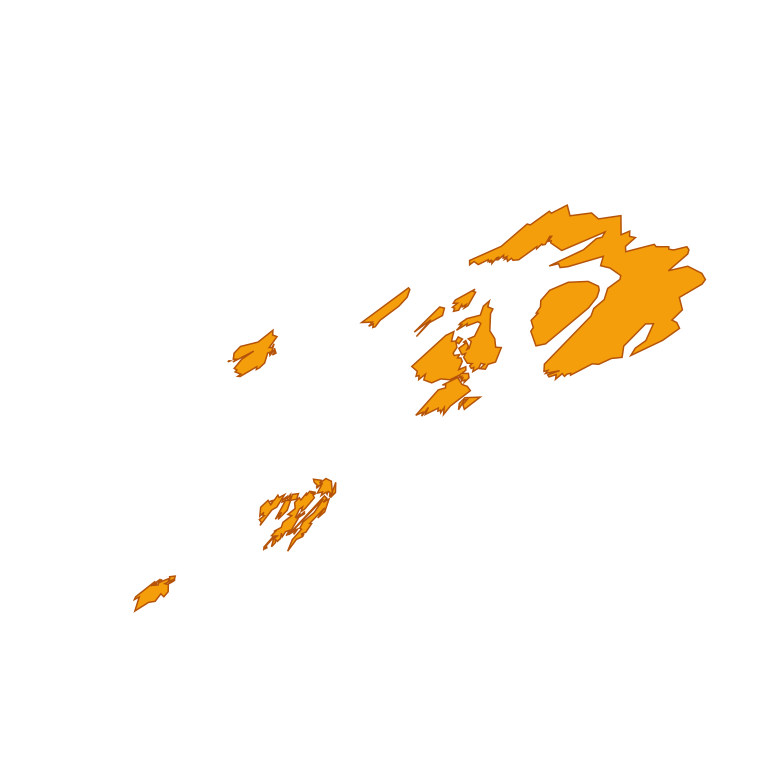 Lurøy nor, Norway (Equal Earth projection), rotated 329°
{"feature_id": "86288312B55953165899475", "entity_name": "Lurøy nor", "entity_type": "district", "adm_level": 2, "iso_a3": "NOR", "parent_name": "Norway", "parent_adm1": "", "projection": "equal_earth", "projection_center": [12.805, 66.444], "detail": "fine", "context": "isolated", "style": "filled", "palette": "amber", "viewbox_px": 768, "rotation_deg": 329, "n_neighbors": 0, "source": "geoboundaries", "source_scale": "gbopen_adm2", "svg_char_len": 6149}
<svg xmlns="http://www.w3.org/2000/svg" viewBox="0 0 768 768"><g transform="rotate(329 384 384)"><path d="M518.8,325.9L524.3,325.4L526.3,330.2L537.3,331.1L536.2,332.7L540.4,333.1L536.7,334.1L539.8,334.3L538.5,336.3L545.6,333.9L548.3,334.5L543.9,335.2L545.6,336.3L552.8,335.2L551.0,337.5L554.7,338.1L551.8,339.3L554.1,339.6L553.1,342.4L558.0,341.9L558.3,344.4L563.5,346.9L585.6,345.0L584.5,346.7L591.4,345.3L591.4,346.4L594.1,347.4L602.3,342.8L603.8,343.7L598.1,346.3L601.0,347.3L599.6,348.9L605.1,361.1L651.8,367.5L646.6,370.5L640.9,368.8L624.2,371.7L586.4,367.9L595.6,370.8L594.9,374.9L602.2,378.2L637.7,387.5L630.6,394.2L637.5,401.0L642.8,413.0L640.1,415.9L625.0,417.3L616.2,425.1L602.7,427.3L596.4,432.4L531.7,449.6L527.6,455.6L531.4,456.7L527.8,458.1L541.4,463.0L529.0,460.5L529.1,462.9L536.5,464.7L533.4,468.3L542.1,466.9L542.6,470.4L546.2,469.8L549.5,471.0L548.5,472.5L573.0,474.0L578.2,477.7L592.0,479.2L601.8,483.8L609.0,475.0L639.1,467.2L646.0,471.1L630.7,481.7L617.8,482.7L610.2,486.7L645.4,490.1L666.0,488.5L666.6,482.1L663.7,477.5L678.0,474.1L681.7,461.9L708.1,462.2L713.3,460.0L713.4,452.8L705.0,439.5L686.1,433.4L711.3,429.0L714.5,426.0L714.3,422.3L701.3,418.3L697.6,415.2L698.8,413.0L688.0,406.5L687.6,403.5L659.3,395.1L661.9,390.4L674.9,388.0L670.5,383.9L673.4,379.5L664.1,378.2L673.8,361.7L652.8,352.9L650.0,344.3L630.1,335.6L633.2,325.0L615.4,323.8L614.7,321.1L591.4,323.0L589.1,320.6L555.4,326.4L521.0,322.2L518.8,325.9ZM594.3,391.7L574.3,389.0L561.4,393.2L557.8,398.5L551.0,401.6L552.4,402.7L542.9,405.2L541.0,412.5L537.0,414.4L533.9,429.6L543.2,432.8L598.5,424.1L611.2,419.3L616.8,414.4L618.2,410.7L611.8,401.2L594.3,391.7ZM462.0,374.2L416.8,383.3L419.1,390.3L415.4,393.9L418.4,394.8L416.0,398.1L424.5,397.0L420.2,401.0L425.5,407.6L435.3,408.9L442.7,414.3L454.0,415.3L451.3,417.3L454.4,417.5L451.9,419.5L454.1,418.5L455.0,419.1L451.9,421.4L455.2,422.1L453.6,423.9L460.1,422.4L461.8,418.4L456.0,415.0L461.2,414.4L463.0,411.3L455.4,410.2L462.7,405.0L463.3,401.3L460.5,399.5L463.9,397.7L458.9,395.8L459.1,393.2L465.3,390.2L467.3,385.0L468.9,388.0L474.4,385.9L471.9,381.9L467.7,384.2L463.8,382.2L470.9,375.0L462.0,374.2ZM512.7,371.3L517.1,367.1L509.2,368.5L502.0,374.6L488.7,370.6L480.8,371.2L479.1,371.8L481.4,373.1L473.8,375.3L486.4,375.2L484.9,376.9L496.6,379.0L498.2,382.0L486.2,389.7L479.5,388.7L480.7,392.5L475.3,397.3L472.7,397.2L475.8,395.0L476.4,388.9L473.8,389.1L474.8,391.2L466.5,391.9L466.0,399.2L469.6,399.7L466.0,402.2L466.1,409.1L470.1,411.9L466.8,412.6L466.8,415.6L469.5,416.0L466.5,419.1L473.5,419.1L477.7,416.2L480.5,418.9L474.2,420.3L478.5,423.5L483.3,420.7L490.9,422.6L503.3,413.2L498.7,410.0L502.3,402.1L502.1,392.9L511.6,378.5L516.0,375.8L512.7,371.3ZM265.8,287.3L289.3,288.7L274.8,289.5L263.6,293.5L265.2,296.3L262.6,296.9L266.4,301.8L262.6,302.1L264.5,303.5L283.8,303.6L282.0,305.8L285.5,306.0L292.5,304.5L300.3,297.5L304.8,298.5L301.7,299.0L301.0,300.7L306.0,298.8L306.6,300.5L303.3,301.6L307.3,301.9L308.6,296.8L307.9,298.3L304.7,298.2L310.5,292.9L306.7,295.1L304.4,293.6L316.7,288.3L313.8,284.7L316.5,280.7L297.7,283.2L280.3,277.9L271.3,280.4L267.6,285.1L270.1,286.7L265.8,287.3ZM450.5,416.4L433.5,415.0L436.7,416.3L434.7,419.0L427.5,417.0L395.1,427.2L402.7,428.1L399.8,431.0L410.1,426.9L403.7,431.4L418.1,432.6L416.2,435.0L418.9,435.5L417.8,437.7L423.5,435.2L419.3,440.8L429.6,437.0L454.6,434.2L454.2,429.0L450.6,424.5L450.5,416.4ZM262.0,437.4L253.0,440.6L252.8,437.8L246.3,439.6L243.7,445.0L234.4,446.3L237.0,449.3L226.2,450.5L222.1,454.0L213.7,453.6L215.5,454.3L209.5,456.1L210.9,457.6L197.2,461.9L196.1,463.4L196.9,463.1L198.7,463.2L196.1,463.8L199.2,464.1L199.9,461.9L212.3,458.0L214.2,459.3L209.8,459.6L203.7,465.6L209.3,464.0L210.8,460.9L211.5,464.0L215.8,463.1L219.3,458.9L218.2,462.5L223.5,459.9L227.7,460.8L222.0,463.6L227.2,462.7L242.3,454.4L249.8,454.2L248.2,454.1L250.5,452.4L242.9,454.0L245.6,451.3L240.1,453.7L239.5,452.7L247.0,447.7L250.9,447.4L247.3,450.6L251.6,450.4L265.7,445.6L265.9,442.7L268.1,442.7L264.8,439.4L269.8,441.9L265.1,437.7L259.5,439.7L262.0,437.4ZM86.3,435.3L61.5,438.5L59.0,440.2L64.5,440.5L53.5,450.3L69.6,449.9L75.9,452.4L84.7,448.9L85.7,453.0L92.0,450.9L96.1,444.4L102.1,444.6L104.3,444.0L95.3,444.3L93.3,442.3L104.0,443.2L106.1,441.1L101.0,438.8L99.0,442.4L97.4,442.1L99.6,440.0L90.1,438.5L93.1,437.2L89.0,438.1L86.7,439.9L83.7,438.3L87.1,437.8L83.3,438.0L92.0,436.1L80.2,437.2L86.3,435.3ZM396.5,319.8L406.0,325.0L400.6,326.6L405.8,327.1L403.5,329.8L406.0,330.4L413.3,327.4L437.0,324.9L448.6,321.5L454.8,316.3L454.5,314.2L396.5,319.8ZM275.3,449.3L224.3,464.1L231.5,463.7L229.3,466.4L235.2,463.9L231.8,463.5L234.6,461.6L272.8,451.2L258.0,458.2L243.7,460.5L237.5,464.3L238.5,466.0L225.2,470.2L215.3,477.7L228.9,472.1L235.6,472.9L238.1,471.4L235.6,471.9L236.2,470.0L240.7,470.8L250.0,466.4L248.5,465.2L269.4,459.6L258.2,464.7L267.3,463.1L277.7,454.2L270.9,454.1L276.2,452.5L275.3,449.3ZM224.7,424.0L214.8,426.1L209.5,433.3L214.9,432.1L212.4,433.8L213.6,435.2L207.3,436.0L207.6,439.5L204.9,441.4L223.0,434.2L228.7,434.3L241.8,427.6L235.6,427.3L235.8,424.6L230.3,427.0L225.7,425.8L227.9,427.8L224.7,429.2L224.7,424.0ZM280.6,434.2L274.5,429.3L273.6,432.4L274.7,436.8L273.0,437.2L274.5,437.4L272.2,438.6L280.4,437.1L270.8,443.2L275.7,444.9L272.7,447.2L278.6,446.9L278.4,449.2L280.8,447.3L281.9,449.3L279.1,452.6L283.6,450.3L283.8,451.4L279.6,453.8L286.5,452.0L292.0,443.4L283.9,450.2L288.8,440.2L285.5,435.1L277.7,436.0L280.6,434.2ZM510.9,349.6L488.3,348.8L484.9,350.5L488.6,352.6L482.1,353.5L483.5,355.5L481.0,357.5L486.0,359.2L491.5,356.0L490.8,358.2L495.2,358.2L491.8,360.2L496.3,360.1L509.8,352.5L507.9,350.3L510.9,349.6ZM471.4,346.7L436.7,355.1L457.3,353.0L436.2,360.0L454.8,354.8L469.4,355.4L474.9,350.1L471.4,346.7ZM246.9,430.6L241.9,432.2L242.8,435.0L239.1,432.8L242.5,430.6L238.1,430.9L235.8,432.7L239.2,433.4L221.2,444.0L230.2,441.0L223.5,445.5L236.0,442.4L244.0,435.6L249.7,437.7L254.2,433.9L248.7,431.5L245.4,434.1L243.7,434.3L246.9,430.6ZM446.3,437.4L438.6,439.4L434.6,444.4L444.7,439.1L447.4,440.1L441.0,442.2L439.8,447.1L459.7,444.8L446.3,437.4ZM263.1,284.2L261.5,284.6L264.1,285.0L263.1,284.2Z" fill="#f59e0b" stroke="#b45309" stroke-width="1.5"/></g></svg>